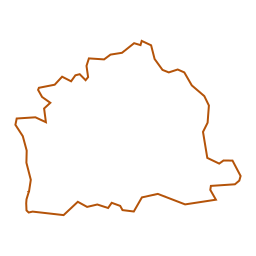 an SVG outline of Ballymena
{"feature_id": "GBR-2094", "entity_name": "Ballymena", "entity_type": "District", "adm_level": 1, "iso_a3": "GBR", "parent_name": "United Kingdom", "parent_adm1": "", "projection": "albers", "projection_center": [-6.275, 54.902], "detail": "fine", "context": "isolated", "style": "outline", "palette": "amber", "viewbox_px": 256, "rotation_deg": 0, "n_neighbors": 0, "source": "natural_earth", "source_scale": "10m", "svg_char_len": 917}
<svg xmlns="http://www.w3.org/2000/svg" viewBox="0 0 256 256"><path d="M26.9,210.8L26.5,210.4L26.2,203.3L26.5,199.3L28.8,191.8L28.7,191.7L29.0,191.6L30.8,179.8L26.4,162.7L26.7,150.6L22.8,136.2L15.4,124.8L16.7,118.5L35.4,117.3L45.9,122.2L44.1,108.5L50.3,102.8L42.1,97.0L38.1,89.9L38.9,87.8L54.7,84.7L62.1,76.7L71.1,81.3L75.4,75.3L79.7,74.2L85.6,80.2L88.1,77.1L86.5,65.9L88.9,58.4L104.1,59.4L110.5,54.6L122.0,52.8L134.1,43.2L140.5,45.1L141.7,40.9L151.1,45.3L154.6,59.0L162.5,69.9L168.8,72.4L177.7,69.5L184.3,72.4L191.8,85.4L204.3,96.1L208.9,105.5L207.6,122.7L203.0,131.9L207.3,157.9L219.2,163.6L223.5,160.5L232.5,160.6L240.6,176.0L239.3,180.6L234.9,184.3L210.9,185.9L210.3,189.9L215.9,199.7L185.1,204.4L157.8,193.9L141.9,197.4L133.8,211.5L122.5,210.1L120.2,205.9L111.7,202.8L108.1,208.0L97.3,204.5L87.1,206.9L77.8,201.8L63.6,215.1L32.6,211.6L28.7,212.5L26.9,210.8Z" fill="none" stroke="#b45309" stroke-width="2"/></svg>